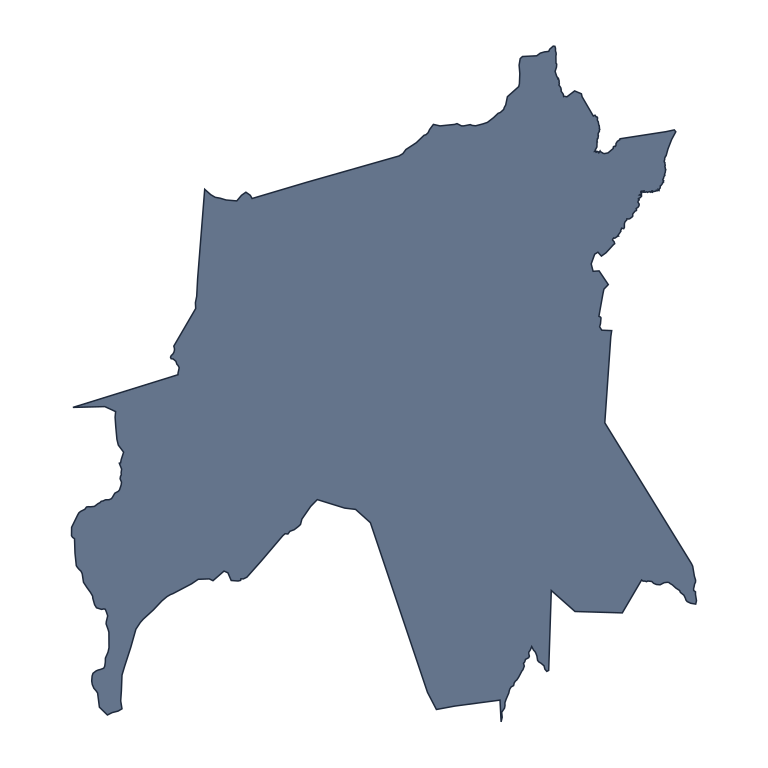 outline of Heroica Ciudad de Tlaxiaco, Oaxaca, Mexico
{"feature_id": "50627088B37412880496873", "entity_name": "Heroica Ciudad de Tlaxiaco", "entity_type": "district", "adm_level": 2, "iso_a3": "MEX", "parent_name": "Mexico", "parent_adm1": "Oaxaca", "projection": "natural_earth1", "projection_center": [-97.668, 17.235], "detail": "fine", "context": "isolated", "style": "filled", "palette": "slate", "viewbox_px": 768, "rotation_deg": 0, "n_neighbors": 0, "source": "geoboundaries", "source_scale": "gbopen_adm2", "svg_char_len": 6049}
<svg xmlns="http://www.w3.org/2000/svg" viewBox="0 0 768 768"><path d="M501.1,721.9L502.2,717.3L501.7,712.3L504.5,708.2L505.0,705.6L504.9,702.8L506.1,699.3L508.8,693.0L509.3,690.6L509.9,688.9L511.2,686.9L513.6,685.6L514.2,682.9L515.5,681.0L516.7,680.1L518.6,677.3L521.9,671.0L522.9,669.8L524.3,666.1L523.5,663.3L524.7,661.9L525.5,659.4L528.7,657.7L529.4,656.1L528.8,653.9L528.8,652.2L530.4,649.8L531.7,646.6L533.6,650.2L535.0,651.6L535.8,653.1L536.9,656.0L537.6,660.4L538.8,661.9L540.8,663.1L544.0,665.8L544.9,669.2L546.8,671.4L548.7,670.4L551.3,590.5L575.0,611.5L622.3,612.9L641.6,580.0L643.0,581.1L645.0,581.1L646.5,581.7L647.8,581.0L651.8,581.5L653.6,583.3L656.4,584.5L660.1,584.8L664.1,582.7L667.3,582.3L668.9,582.5L670.2,583.6L672.3,584.8L675.9,588.1L679.6,590.5L680.4,592.4L683.9,595.2L685.4,598.3L685.9,600.0L687.2,601.6L690.8,603.3L695.7,604.1L696.5,600.7L695.5,594.5L695.5,591.8L693.7,590.5L693.6,588.6L694.1,586.7L694.6,584.0L695.5,582.2L695.6,580.1L694.4,576.2L692.7,566.2L691.4,563.5L604.8,422.8L610.8,336.7L611.7,330.6L601.8,330.2L599.6,326.8L600.5,323.7L601.0,317.9L600.5,317.1L598.9,316.3L602.9,294.0L603.9,289.2L608.3,284.6L599.1,270.9L593.1,271.3L591.2,263.9L594.7,254.2L597.9,252.2L601.4,256.1L606.0,252.8L613.5,244.6L614.7,243.7L614.1,241.7L612.6,240.1L612.6,239.4L613.7,237.9L614.8,238.2L617.1,236.6L618.3,236.1L617.7,235.8L620.9,231.2L620.6,230.4L621.2,229.5L621.6,228.2L623.7,228.7L624.4,227.5L624.4,223.6L625.0,221.9L626.1,220.6L626.7,220.1L626.9,218.8L628.8,219.0L629.8,218.7L632.1,217.0L632.8,216.1L632.7,214.4L633.0,213.6L635.2,211.0L636.0,210.8L636.6,210.1L636.2,208.5L637.9,207.4L639.0,205.8L639.2,204.1L637.9,202.1L638.3,200.8L639.2,199.9L639.1,199.2L638.4,199.1L638.3,198.8L639.0,198.2L640.3,197.6L641.6,196.1L641.5,195.4L639.4,195.0L640.4,194.2L641.5,194.1L641.6,192.7L641.3,192.2L640.8,192.2L640.8,191.7L641.3,191.3L641.7,192.1L641.9,192.1L641.5,191.4L642.3,191.4L642.6,191.1L643.7,190.9L644.1,190.9L643.7,192.2L645.6,192.2L646.4,191.8L647.6,192.4L647.9,192.1L649.5,191.6L650.3,192.2L650.6,191.8L651.4,191.5L651.8,192.2L652.2,192.3L652.5,191.8L652.2,190.9L652.4,190.9L652.9,191.9L653.4,191.4L654.6,191.4L656.3,190.9L656.4,190.3L657.8,190.8L658.2,190.5L658.1,189.6L659.1,190.3L659.2,189.0L660.0,188.3L660.3,187.0L660.3,185.9L661.0,185.5L662.5,183.5L662.5,182.9L663.5,182.1L663.2,181.6L663.2,181.2L663.7,180.8L662.9,179.9L662.8,179.5L663.6,178.2L663.7,177.3L664.3,175.9L664.8,175.6L664.9,175.0L664.5,174.4L665.3,172.2L665.5,169.8L665.8,169.7L665.1,167.8L665.2,167.4L664.8,166.2L665.2,165.7L665.2,164.9L664.9,164.0L664.9,162.5L664.2,161.9L664.3,160.7L664.7,159.6L664.7,158.2L665.1,157.1L665.3,157.0L665.7,156.1L666.1,155.8L668.0,148.9L671.7,139.4L675.8,131.8L674.3,129.9L665.8,131.7L620.4,138.7L619.8,139.0L619.8,139.7L617.4,141.3L616.0,143.5L615.9,145.5L615.5,146.2L615.1,146.5L614.6,146.2L613.8,146.5L613.3,147.0L613.2,148.5L608.0,152.9L604.3,153.6L603.1,153.3L600.5,151.6L600.1,150.9L599.1,152.7L598.7,152.8L598.7,151.9L597.4,151.7L596.1,152.3L595.8,151.9L596.2,151.3L594.7,151.4L595.1,150.9L595.2,150.1L596.9,147.0L597.0,142.0L597.3,141.9L597.0,141.1L597.4,138.6L597.9,138.5L598.4,135.7L598.1,135.4L598.2,133.3L599.4,131.3L599.3,130.4L599.8,129.4L599.3,128.6L599.5,128.3L599.2,125.5L598.8,125.1L598.2,121.6L597.7,121.0L597.3,119.9L597.6,117.9L597.0,116.9L596.2,116.9L595.0,115.2L593.3,116.0L582.1,96.8L581.4,93.8L574.6,90.9L566.9,96.8L563.9,96.2L563.6,96.4L563.3,94.3L561.1,91.1L561.3,89.9L561.0,89.4L561.0,88.2L559.9,86.3L559.0,85.3L558.9,84.9L559.3,84.1L559.3,83.0L559.0,82.6L559.2,81.1L558.4,78.4L557.8,78.7L557.8,78.0L556.7,76.3L555.1,71.4L556.5,67.1L556.7,64.1L556.0,63.2L555.9,56.1L556.2,54.2L556.0,52.4L555.5,51.1L555.5,48.2L554.9,46.3L553.2,46.1L549.7,49.2L548.7,51.4L544.4,51.9L540.3,53.1L536.7,55.8L522.5,56.5L520.2,58.6L519.1,65.1L519.8,73.6L519.4,83.8L518.7,86.6L507.4,96.7L505.7,105.0L504.3,107.4L503.7,109.4L500.3,112.5L498.1,113.3L493.6,117.6L487.4,122.4L482.9,123.9L475.6,125.8L472.1,125.4L470.3,124.6L463.7,125.9L461.5,125.9L457.0,123.6L454.7,124.4L440.0,125.9L433.4,124.4L429.6,129.5L428.1,132.7L426.0,134.7L424.0,135.3L416.3,142.7L405.9,149.5L402.9,153.6L398.9,156.0L306.6,182.3L252.1,198.5L250.3,195.3L245.9,192.2L241.5,195.3L236.8,200.9L226.1,200.0L220.2,198.2L215.2,197.3L210.8,194.7L204.7,189.3L197.6,278.9L196.7,296.3L195.4,302.7L195.7,308.5L173.8,346.1L174.4,348.3L174.5,350.0L173.9,352.3L172.8,354.1L171.2,355.6L170.5,357.2L171.1,358.7L173.2,359.0L175.9,361.3L176.9,364.3L178.0,365.4L179.2,367.7L178.0,373.2L178.0,374.7L72.9,407.4L104.8,406.6L115.6,411.6L115.1,417.2L115.7,426.1L116.9,439.2L118.3,445.1L123.6,452.2L121.2,459.6L120.6,462.8L119.3,463.2L121.6,469.1L121.1,472.6L121.3,474.8L120.5,476.3L120.1,478.8L121.5,482.1L121.2,484.8L119.5,489.9L118.3,491.3L114.8,493.2L112.2,497.7L111.2,498.8L109.1,499.7L105.4,499.8L103.2,500.9L101.2,501.3L99.9,502.7L98.2,503.5L94.4,506.4L90.4,506.8L88.2,506.7L86.5,507.0L84.8,509.3L80.6,511.4L78.9,512.8L77.7,514.9L71.6,527.3L71.5,535.7L72.6,537.4L74.5,538.7L75.0,553.3L76.3,565.7L77.4,567.4L79.0,569.3L81.0,571.2L82.2,573.7L83.5,582.3L86.9,587.5L90.4,592.3L92.6,596.1L92.8,598.3L94.6,604.7L96.5,607.8L101.6,609.4L103.9,608.9L105.3,609.3L106.4,612.0L107.7,615.9L106.3,621.6L106.1,623.9L108.1,629.5L108.9,632.3L109.0,647.7L108.0,652.2L105.4,658.1L105.3,662.2L104.7,666.3L103.7,668.2L100.6,669.4L98.2,670.0L96.1,670.9L93.0,673.3L92.1,676.0L91.7,681.0L92.3,684.6L93.9,688.3L96.0,690.7L97.6,693.0L99.4,707.2L107.4,715.0L112.2,712.6L118.1,711.1L122.0,708.8L120.7,700.9L121.4,690.7L122.0,675.1L124.6,666.4L130.8,647.3L135.9,629.2L140.3,622.5L143.2,619.2L153.3,610.0L161.9,600.9L167.0,596.6L170.6,594.5L172.8,593.7L191.6,583.8L198.2,579.3L209.3,578.9L213.0,580.7L224.0,571.1L227.9,572.8L231.2,580.5L238.1,581.0L240.6,580.4L240.9,578.8L243.4,578.9L246.9,577.2L261.1,561.2L282.8,535.7L285.1,533.7L287.9,534.0L289.9,531.3L294.2,529.7L298.5,526.4L300.5,524.5L301.9,519.1L304.6,515.2L310.6,506.5L317.3,499.6L344.7,508.1L355.6,509.4L370.4,522.7L427.5,692.4L436.4,709.5L454.7,706.1L500.0,700.1L501.1,721.9Z" fill="#64748b" stroke="#1e293b" stroke-width="1.5"/></svg>